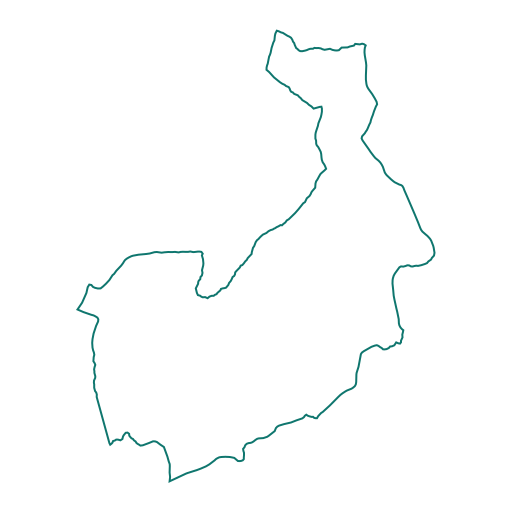 outline of Nambale, Western, Kenya
{"feature_id": "3690345B66685082117491", "entity_name": "Nambale", "entity_type": "district", "adm_level": 2, "iso_a3": "KEN", "parent_name": "Kenya", "parent_adm1": "Western", "projection": "robinson", "projection_center": [34.319, 0.505], "detail": "fine", "context": "isolated", "style": "outline", "palette": "teal", "viewbox_px": 512, "rotation_deg": 0, "n_neighbors": 0, "source": "geoboundaries", "source_scale": "gbopen_adm2", "svg_char_len": 6001}
<svg xmlns="http://www.w3.org/2000/svg" viewBox="0 0 512 512"><path d="M365.7,45.4L363.8,44.1L362.1,43.7L359.8,44.4L355.2,43.9L353.9,45.6L349.8,46.5L347.6,47.4L341.6,47.6L338.9,50.2L336.9,50.5L335.0,50.4L332.5,49.9L330.0,48.8L324.6,49.8L322.4,49.2L320.8,48.4L318.4,48.0L316.2,48.1L314.4,47.9L313.1,48.7L310.2,48.8L308.6,49.3L306.8,50.1L305.1,50.6L302.2,51.2L300.1,51.1L298.6,50.2L297.4,48.9L296.2,48.1L294.7,44.8L294.2,43.1L293.0,41.6L292.3,39.7L291.0,37.7L289.1,36.5L287.5,35.8L282.9,32.9L281.0,32.4L278.8,31.3L276.8,30.7L275.4,33.5L274.9,35.7L274.4,40.4L273.3,42.6L271.6,47.9L270.6,52.8L269.9,54.9L269.1,56.6L267.7,63.8L267.1,65.3L266.6,67.4L266.5,69.8L269.1,72.0L274.0,77.4L279.8,82.1L282.2,83.7L284.6,84.8L286.0,86.0L288.7,87.1L289.6,88.5L290.3,90.5L291.2,91.8L292.8,92.4L294.2,93.9L297.8,95.3L299.1,96.8L300.8,98.2L302.3,100.1L307.1,103.0L308.9,104.8L311.4,106.4L313.6,108.6L319.7,106.9L321.4,106.7L321.9,108.6L321.9,111.7L321.4,114.7L320.8,117.2L318.4,123.3L317.9,125.9L316.4,130.4L315.7,132.7L315.4,134.7L315.4,138.5L316.1,140.7L316.2,143.8L316.8,145.4L318.2,147.0L319.6,149.6L320.7,151.8L321.2,154.0L321.5,157.5L321.8,159.7L322.7,162.3L324.2,164.4L325.2,166.4L326.1,168.8L324.5,170.4L321.4,173.1L320.4,174.1L319.3,176.0L317.3,179.7L316.1,181.4L315.5,183.5L315.2,187.7L312.5,190.8L311.4,192.3L310.7,194.1L309.5,196.0L306.8,198.3L305.0,202.1L303.2,203.3L298.6,209.1L295.0,213.2L288.7,219.3L286.8,220.4L285.3,222.5L283.3,224.0L282.0,225.3L280.5,225.1L278.5,226.3L276.5,227.2L275.3,228.1L273.9,228.7L272.7,229.5L270.6,230.1L268.5,231.2L266.4,233.0L262.9,234.6L261.1,236.2L259.7,237.6L258.5,239.0L257.0,240.2L255.7,242.1L254.2,246.1L253.0,247.8L251.8,252.2L251.6,254.0L247.7,258.1L246.8,259.9L245.2,261.4L243.8,263.4L242.3,265.1L240.7,265.6L239.8,267.5L236.4,271.0L235.2,272.4L235.0,274.3L234.2,275.9L232.6,277.0L231.7,279.2L230.7,281.1L229.1,282.9L228.3,285.0L226.0,287.7L224.6,288.1L222.7,288.4L221.0,288.9L220.3,290.4L217.5,292.8L216.5,294.2L214.9,294.8L213.7,295.8L211.7,295.8L209.5,296.6L207.6,298.2L205.1,297.1L202.8,297.3L201.3,296.7L200.1,295.7L197.9,295.1L196.9,292.9L195.8,288.4L198.1,283.8L198.2,282.1L198.8,280.6L200.2,279.3L200.5,277.0L201.9,275.5L202.5,272.9L202.0,270.2L203.2,265.5L203.4,263.4L203.0,259.2L201.9,255.4L202.7,253.7L201.4,251.9L199.7,251.6L197.9,251.6L194.7,252.0L193.2,252.1L190.3,251.5L187.9,251.9L182.7,251.8L180.8,251.9L178.6,252.4L175.0,251.9L171.9,252.1L168.2,252.0L164.4,252.3L161.6,252.7L156.8,252.0L154.4,252.2L149.7,253.5L146.1,254.0L138.5,254.7L133.0,255.7L131.4,256.2L128.9,257.4L127.0,258.5L125.2,259.9L124.2,261.2L123.0,263.2L121.2,265.6L116.3,270.8L114.1,273.9L112.5,275.2L109.4,280.0L106.0,283.7L103.0,286.5L100.6,288.4L97.9,288.5L94.9,287.8L93.0,286.9L91.4,285.0L89.3,284.6L87.7,287.2L86.4,293.0L82.1,302.7L77.5,309.5L83.5,312.1L91.3,314.8L93.6,315.4L95.5,316.4L97.4,317.6L98.3,319.3L98.1,321.5L96.1,325.9L93.6,333.5L92.5,339.2L92.2,342.9L92.5,347.6L93.1,350.3L93.9,352.5L94.3,354.8L93.7,357.1L93.4,361.2L94.6,363.1L95.3,364.9L94.6,367.0L94.1,369.3L94.4,371.3L94.4,372.9L95.3,376.2L95.2,377.9L94.0,380.6L93.9,382.8L94.2,384.3L94.2,387.8L95.1,391.1L96.2,392.5L96.8,394.5L96.7,397.0L109.4,443.1L110.2,444.7L111.5,443.7L112.5,442.6L113.0,441.1L114.9,440.5L116.2,439.6L117.9,439.6L120.4,440.3L122.4,439.0L123.0,436.5L123.8,435.1L125.7,432.8L127.5,432.6L129.1,433.8L129.3,435.7L130.3,437.0L131.5,438.3L133.0,439.0L133.9,440.3L135.6,441.5L136.4,442.9L137.5,443.8L139.1,444.7L140.4,445.6L142.8,445.3L149.0,443.0L153.1,441.3L155.1,441.4L156.9,442.0L160.3,444.6L163.9,447.0L167.4,456.6L168.7,461.3L169.7,464.1L169.8,466.1L169.6,472.6L170.1,477.0L169.6,481.3L185.8,473.7L187.6,473.0L197.1,470.0L200.8,468.6L205.9,466.4L209.3,464.4L214.7,460.3L215.8,459.2L217.2,458.3L219.3,457.3L221.3,457.0L225.4,456.8L229.8,457.0L232.0,457.4L234.3,457.9L237.9,461.0L239.7,461.1L241.2,460.9L242.8,460.3L243.8,459.1L243.8,457.5L244.0,455.3L244.0,452.8L243.4,450.9L243.1,448.9L244.5,447.2L245.2,445.3L246.7,443.8L248.6,443.1L250.4,442.9L251.8,442.5L253.5,441.5L255.5,439.9L257.2,438.8L258.7,438.4L263.3,438.1L267.2,436.8L268.7,435.8L274.7,431.1L275.9,428.1L277.3,426.6L279.1,425.6L284.1,424.1L291.0,422.5L296.6,420.3L302.3,418.4L304.0,417.1L304.8,415.8L306.3,414.7L307.7,415.7L309.4,416.3L311.6,416.9L313.0,416.8L314.2,417.9L315.6,418.2L317.0,418.2L318.2,416.1L321.1,413.0L322.7,412.0L327.5,407.6L329.7,405.6L338.0,397.2L340.4,394.9L342.5,393.3L345.4,391.4L347.0,390.5L351.5,388.7L352.9,387.8L354.8,386.2L355.8,384.4L356.2,382.1L356.4,374.5L356.6,372.9L358.5,366.9L360.9,354.1L361.9,352.6L363.8,351.2L371.5,346.8L374.8,345.6L376.8,345.2L378.5,345.9L380.1,347.1L381.7,348.0L383.0,349.3L384.5,349.4L386.6,349.1L388.8,348.0L390.1,346.5L392.0,346.3L394.3,345.3L396.2,342.4L398.3,343.3L400.0,343.6L401.0,342.3L401.0,340.7L402.5,337.4L402.3,334.6L402.9,332.3L403.3,330.2L401.9,329.1L400.5,327.5L399.4,325.4L398.9,323.4L398.7,319.1L397.2,311.7L396.4,308.5L394.4,299.4L393.7,295.7L393.2,290.1L392.5,283.6L392.6,280.1L392.9,278.3L393.7,275.7L394.9,273.5L399.4,267.3L401.0,266.4L403.3,266.6L405.6,266.0L407.3,265.3L409.1,265.4L411.0,266.4L412.7,266.5L414.4,266.0L416.3,265.7L418.0,265.9L421.2,265.2L424.9,264.0L427.0,263.1L428.4,261.4L431.0,259.6L431.9,257.9L434.0,255.6L434.5,252.8L433.7,247.8L433.2,245.8L431.2,240.7L430.1,238.9L428.9,237.5L427.4,235.9L425.6,234.4L422.4,231.6L421.1,229.8L420.3,228.1L418.0,222.2L414.5,213.8L406.9,196.1L404.4,190.4L403.4,187.7L402.3,185.9L400.9,185.0L399.4,184.6L394.6,182.2L392.9,180.9L390.9,179.2L386.7,175.2L385.7,173.9L384.8,172.5L382.9,166.9L381.7,164.6L380.3,162.5L378.6,160.7L375.3,158.0L373.8,156.2L370.6,152.0L368.6,149.0L362.6,140.5L361.6,138.4L362.1,136.3L364.8,133.3L365.8,131.6L366.9,130.1L367.7,128.4L369.3,124.6L370.4,122.5L371.0,119.9L371.9,117.3L372.8,115.1L374.0,111.3L375.9,106.5L377.1,104.3L376.6,101.8L374.8,98.4L372.2,94.1L368.5,89.0L367.5,87.3L366.8,85.6L366.4,83.8L365.9,79.6L365.9,75.4L366.2,68.1L366.3,65.5L366.0,62.5L364.8,55.4L364.5,52.4L364.6,49.7L364.9,47.5L365.7,45.4Z" fill="none" stroke="#0f766e" stroke-width="2"/></svg>